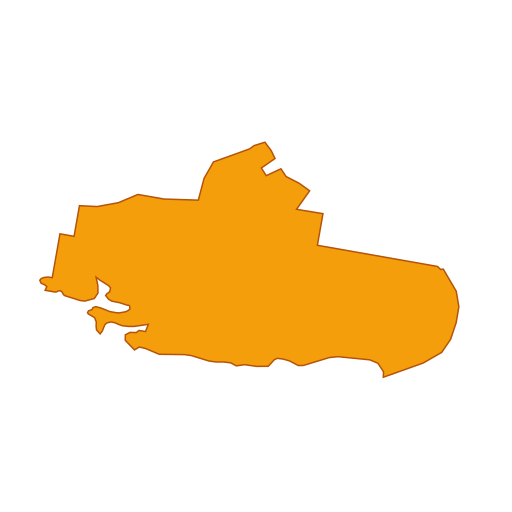 Ar Rayyān, Robinson projection, rotated 280°
{"feature_id": "QAT-1100", "entity_name": "Ar Rayyān", "entity_type": "Municipality", "adm_level": 1, "iso_a3": "QAT", "parent_name": "Qatar", "parent_adm1": "", "projection": "robinson", "projection_center": [50.968, 25.185], "detail": "fine", "context": "isolated", "style": "filled", "palette": "amber", "viewbox_px": 512, "rotation_deg": 280, "n_neighbors": 0, "source": "natural_earth", "source_scale": "10m", "svg_char_len": 1708}
<svg xmlns="http://www.w3.org/2000/svg" viewBox="0 0 512 512"><g transform="rotate(280 256 256)"><path d="M225.0,464.7L207.7,462.1L193.3,455.6L179.6,439.2L158.7,402.4L164.1,401.7L171.6,394.6L173.5,386.1L171.1,354.3L168.7,345.8L156.4,321.6L155.5,316.6L158.5,307.3L159.2,300.7L158.9,294.7L157.1,292.1L149.5,287.2L147.4,275.8L147.0,263.6L144.4,255.7L146.4,249.6L146.0,242.6L144.7,235.2L144.4,227.9L146.7,209.8L146.5,202.9L142.4,177.8L145.7,163.4L146.1,156.8L142.4,152.7L150.2,141.9L155.7,141.0L158.9,145.2L159.8,151.3L162.4,153.8L162.4,160.3L170.0,161.8L165.5,148.3L164.5,142.6L164.1,136.6L164.7,132.8L165.7,128.9L165.9,124.7L164.1,120.6L161.8,119.0L155.5,117.7L152.2,116.0L155.5,111.8L159.2,110.7L163.2,110.2L167.1,107.9L168.0,106.0L169.8,100.9L171.0,99.9L172.9,100.6L174.7,103.7L176.8,104.4L178.3,107.0L177.8,112.6L175.9,121.6L175.9,128.6L176.2,131.1L178.5,137.4L179.8,139.2L181.9,141.1L184.8,140.2L185.4,139.3L185.2,137.7L186.3,129.9L186.5,121.9L187.8,118.3L191.0,114.8L193.0,115.8L195.4,118.1L199.3,118.3L201.2,116.0L205.2,106.3L207.4,102.2L199.4,105.4L192.1,106.8L186.1,104.2L181.9,95.3L181.6,90.6L183.7,74.8L184.4,73.3L187.2,70.9L187.8,69.1L187.4,67.7L186.0,65.7L185.6,64.3L185.6,54.3L189.6,55.3L191.0,52.7L191.9,49.1L194.6,47.3L196.5,48.4L198.2,51.3L199.2,55.1L199.3,59.1L243.8,59.1L243.8,73.4L274.9,73.4L277.1,90.9L284.6,111.2L296.1,129.0L296.1,155.4L301.0,189.5L323.5,191.4L341.3,197.8L360.3,231.0L364.4,235.0L369.6,245.0L362.4,252.7L355.3,257.8L343.6,246.0L336.9,252.1L346.2,265.4L339.5,271.8L335.0,286.2L329.5,297.5L309.0,287.8L309.3,314.6L277.2,314.6L277.2,436.6L274.8,440.1L275.5,442.3L275.6,442.7L256.1,459.3L241.2,464.6L225.0,464.7Z" fill="#f59e0b" stroke="#b45309" stroke-width="1.5"/></g></svg>